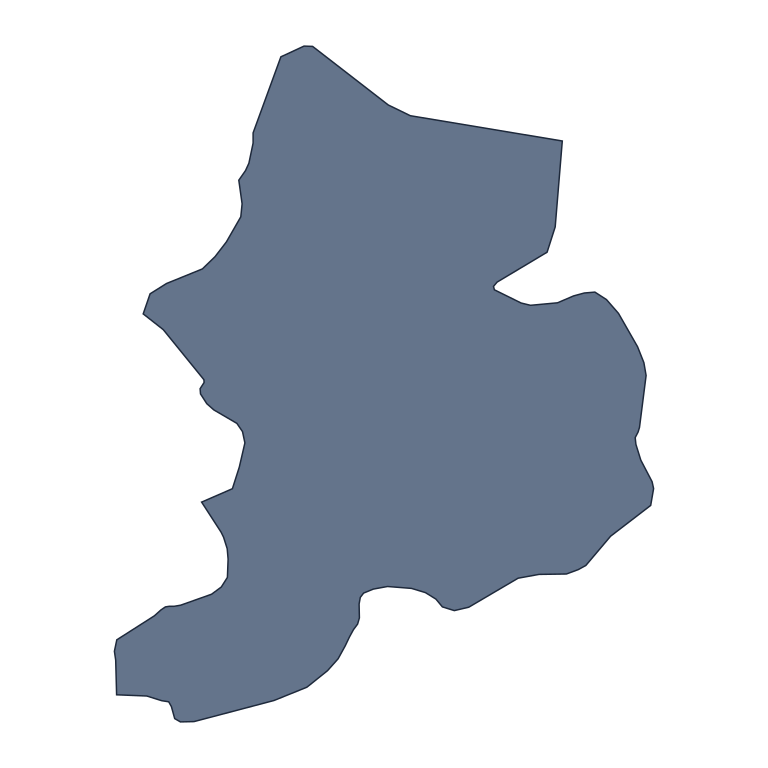 Glarus, Robinson projection
{"feature_id": "CHE-169", "entity_name": "Glarus", "entity_type": "Canton", "adm_level": 1, "iso_a3": "CHE", "parent_name": "Switzerland", "parent_adm1": "", "projection": "robinson", "projection_center": [9.033, 46.988], "detail": "fine", "context": "isolated", "style": "filled", "palette": "slate", "viewbox_px": 768, "rotation_deg": 0, "n_neighbors": 0, "source": "natural_earth", "source_scale": "10m", "svg_char_len": 1413}
<svg xmlns="http://www.w3.org/2000/svg" viewBox="0 0 768 768"><path d="M201.6,502.1L232.4,488.7L239.3,467.1L244.9,442.9L242.5,431.6L236.9,423.4L213.8,409.9L206.8,403.7L200.5,393.9L200.1,388.7L204.1,382.5L203.9,379.7L163.3,329.7L143.2,313.9L150.1,293.8L166.5,283.5L202.4,268.9L215.0,256.7L226.4,241.9L240.8,216.8L242.1,203.8L238.8,180.2L245.5,170.6L248.9,163.2L253.1,143.1L253.1,132.9L280.9,56.8L304.0,46.1L312.6,46.4L388.3,105.0L410.3,115.7L562.3,141.0L555.2,226.9L547.1,252.2L497.1,282.1L493.5,286.4L494.4,289.8L521.1,303.0L530.5,305.3L557.5,302.8L573.6,295.9L584.3,293.0L594.9,292.1L606.5,299.6L618.5,313.4L637.6,346.8L643.9,362.7L646.1,375.5L639.5,427.4L638.1,432.0L635.2,437.6L635.9,444.3L640.8,460.1L652.1,481.7L653.6,488.6L650.7,505.4L610.6,536.2L585.9,565.4L578.3,569.6L566.4,574.0L539.0,574.4L518.1,578.2L468.8,607.2L454.3,610.6L442.4,606.9L435.9,599.1L425.4,592.6L411.5,588.4L387.5,586.5L373.3,589.1L363.6,593.1L360.3,597.4L359.1,604.0L359.4,617.9L357.6,624.1L353.5,629.6L349.5,636.9L345.2,645.9L338.1,658.8L327.5,670.7L306.9,687.2L274.0,700.5L194.0,721.6L180.4,721.9L174.7,718.6L171.4,706.6L168.7,701.8L161.7,700.7L146.7,696.0L116.6,694.8L115.7,660.2L114.4,651.3L116.8,639.8L154.4,615.8L161.1,609.8L165.4,606.9L169.2,606.3L174.1,606.3L180.6,605.2L211.6,594.2L221.3,587.0L227.4,577.4L228.1,559.2L227.2,548.7L223.6,537.3L221.1,532.2L201.6,502.1Z" fill="#64748b" stroke="#1e293b" stroke-width="1.5"/></svg>